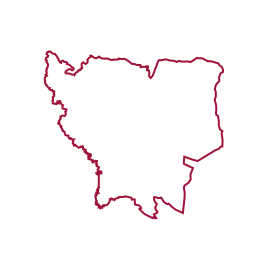 outline of Phrom Phiram, Phitsanulok, Thailand, rotated 13°
{"feature_id": "78962969B88241581512503", "entity_name": "Phrom Phiram", "entity_type": "district", "adm_level": 2, "iso_a3": "THA", "parent_name": "Thailand", "parent_adm1": "Phitsanulok", "projection": "mercator", "projection_center": [100.076, 17.065], "detail": "fine", "context": "isolated", "style": "outline", "palette": "rose", "viewbox_px": 256, "rotation_deg": 13, "n_neighbors": 0, "source": "geoboundaries", "source_scale": "gbopen_adm2", "svg_char_len": 5738}
<svg xmlns="http://www.w3.org/2000/svg" viewBox="0 0 256 256"><g transform="rotate(13 128 128)"><path d="M118.9,212.6L119.5,212.1L119.5,211.6L120.0,211.9L120.5,211.7L120.4,211.2L120.8,211.1L120.7,210.7L121.0,210.4L120.5,210.1L121.2,208.8L122.0,208.6L122.1,209.1L122.5,209.3L122.8,208.5L124.6,208.0L125.2,207.3L126.2,205.2L126.6,203.7L126.4,202.5L126.7,202.1L126.3,201.4L127.6,200.4L128.2,200.5L128.8,201.3L129.7,200.7L131.1,201.3L131.7,199.6L134.2,198.4L134.3,197.6L135.1,197.4L135.7,196.8L137.5,196.7L140.0,195.6L140.2,195.8L140.8,195.2L147.0,195.2L147.9,196.9L150.5,196.0L152.1,201.0L156.5,201.0L158.8,203.0L157.4,204.4L162.3,207.5L164.4,208.4L172.3,210.2L172.7,209.3L174.2,209.9L175.7,209.5L172.6,206.3L175.2,204.3L175.6,203.1L173.7,201.5L172.6,199.9L172.4,199.3L173.0,197.2L173.0,195.3L171.0,194.0L169.7,192.2L168.9,189.8L169.1,189.4L171.2,189.2L173.2,189.5L175.2,188.9L175.5,188.4L176.0,188.4L179.3,191.6L180.7,192.4L183.2,193.4L184.8,192.6L188.6,195.0L192.7,196.8L200.6,198.5L198.8,183.2L197.7,178.0L196.1,174.2L195.9,172.1L196.3,171.0L199.2,167.9L200.5,164.3L200.5,163.5L199.3,159.4L200.3,152.4L190.7,150.4L190.3,149.8L189.3,143.3L197.7,144.3L203.3,144.5L218.0,130.1L221.3,127.8L222.5,125.3L224.1,124.8L222.9,118.6L220.6,112.6L220.4,111.2L220.7,109.8L218.7,109.1L217.7,108.4L215.6,104.1L215.1,101.3L213.1,96.3L212.5,95.7L211.1,95.3L210.2,93.1L210.2,91.6L208.9,86.4L206.1,80.8L206.5,78.1L206.3,76.7L205.2,72.5L204.3,71.5L203.9,70.3L203.9,66.7L205.1,63.7L206.4,61.8L205.4,58.6L205.5,55.8L206.2,53.5L207.8,52.2L207.8,51.4L207.6,50.0L205.8,47.5L202.8,46.1L201.5,44.7L193.7,44.3L192.6,44.7L191.2,44.6L190.9,45.0L184.7,43.4L180.5,44.3L179.4,44.1L174.5,49.5L170.7,49.8L166.7,51.0L162.2,51.3L160.6,52.7L157.9,52.2L153.7,52.8L149.9,52.6L148.5,52.9L145.5,54.4L142.6,55.1L141.8,59.6L141.8,62.4L141.1,64.3L141.0,66.7L140.3,71.5L138.8,74.2L136.8,72.6L136.3,69.1L135.4,67.3L134.6,66.9L133.8,67.5L133.5,67.5L133.3,66.5L133.9,64.3L133.5,63.4L131.7,63.8L131.7,64.6L129.4,64.8L126.6,65.9L126.3,64.3L125.8,64.2L125.7,63.9L122.2,64.6L119.5,64.2L117.5,64.7L113.5,62.7L109.3,61.4L103.9,62.7L103.5,62.4L102.9,63.4L99.8,64.4L98.6,64.5L97.8,65.1L96.8,65.4L93.8,65.3L93.5,64.9L92.4,64.8L90.4,65.6L87.1,66.0L85.7,65.9L83.8,64.9L81.6,67.1L80.1,67.3L77.5,66.6L76.3,65.8L75.4,65.8L75.1,66.0L75.5,66.8L75.4,67.3L74.4,68.2L73.1,70.7L73.7,71.8L73.7,73.6L72.5,75.0L71.0,74.9L69.7,74.1L69.0,74.4L68.4,76.0L68.8,77.7L69.8,79.7L69.3,79.9L69.5,80.4L68.6,81.5L68.6,82.0L67.7,82.1L67.7,82.7L66.8,83.0L66.7,83.6L66.3,83.8L66.4,84.4L65.1,85.5L64.2,87.2L64.0,88.5L63.3,88.0L61.7,88.6L58.3,88.1L55.8,88.7L54.7,88.4L54.4,87.5L54.9,86.4L57.0,84.1L59.2,83.7L60.4,84.4L61.2,84.2L61.8,82.5L61.4,81.8L59.6,81.4L57.9,80.2L55.8,79.4L53.9,79.4L54.0,78.2L52.8,77.6L51.0,77.9L49.8,77.1L49.1,77.1L48.0,78.0L48.2,79.5L47.1,79.3L45.5,78.0L44.6,76.2L43.6,75.6L42.9,74.4L41.3,73.3L40.6,72.4L37.3,72.3L34.8,70.9L33.8,71.2L33.5,72.0L32.5,72.0L32.2,72.5L31.9,74.2L34.1,75.6L33.7,77.0L32.6,77.6L32.2,79.5L32.6,80.2L33.8,80.5L33.6,81.9L35.8,84.0L36.0,87.0L35.3,88.3L35.8,89.6L35.3,90.7L35.9,91.3L36.6,93.0L35.7,94.7L36.0,95.0L37.2,95.2L37.0,95.7L36.0,96.3L35.7,98.1L36.0,99.4L36.9,101.2L36.9,102.7L37.9,103.3L38.5,104.7L39.5,104.8L40.9,106.4L41.5,106.5L42.0,107.0L42.8,106.8L42.7,107.9L43.0,108.2L44.9,108.5L45.5,108.0L46.6,109.3L47.6,108.7L47.9,108.8L47.9,109.6L47.4,110.0L48.4,111.1L48.1,111.9L48.8,112.5L48.9,113.5L48.2,114.0L48.2,114.7L47.7,115.2L48.3,116.2L48.6,117.8L48.2,118.2L48.9,119.2L48.8,119.8L49.2,120.9L50.7,120.8L51.4,121.1L52.3,120.3L53.0,120.7L53.7,120.1L53.3,119.4L53.3,117.9L53.9,117.9L55.0,119.0L55.0,118.2L55.3,117.7L55.1,117.2L55.6,117.0L56.2,117.6L56.3,118.5L57.1,118.9L58.7,120.6L59.5,120.5L59.4,122.2L59.8,123.7L63.9,123.8L63.9,125.5L63.2,126.4L64.2,127.9L64.1,130.0L63.2,130.6L61.8,130.5L60.8,130.9L60.2,131.9L59.6,132.1L60.2,133.2L59.9,133.7L60.2,134.1L59.6,135.4L59.6,136.5L59.2,136.7L59.6,137.7L59.3,138.0L59.7,138.4L59.2,138.6L59.6,139.2L59.3,139.5L61.0,140.1L61.7,141.0L62.6,141.2L62.4,142.1L63.0,142.2L63.1,143.1L64.2,143.8L64.3,144.3L64.8,144.7L64.7,145.2L65.2,145.7L66.0,145.6L67.1,146.0L67.6,147.6L68.4,148.3L68.7,149.1L70.7,149.1L71.3,148.7L71.8,149.0L72.0,150.0L72.9,151.3L73.6,151.0L74.2,151.7L74.6,151.5L74.3,150.9L74.5,150.7L75.7,151.7L77.6,151.3L77.0,152.3L77.7,152.8L77.5,154.3L77.9,154.9L77.7,155.5L78.7,156.2L79.3,157.2L79.6,157.0L79.4,156.2L80.4,156.3L80.6,157.1L82.5,157.3L84.4,158.3L85.6,157.8L85.9,156.8L87.1,156.9L87.9,155.9L88.5,156.6L88.5,157.3L89.3,157.9L89.1,158.7L91.4,158.7L91.3,159.3L90.5,159.5L90.5,159.8L91.8,160.8L92.1,160.1L92.4,160.1L92.7,160.6L92.1,161.3L92.9,161.4L93.1,162.2L93.7,162.3L94.0,161.5L94.4,161.5L94.8,162.8L95.6,163.0L95.7,163.8L96.2,163.1L96.4,161.9L97.6,162.0L98.2,163.4L97.5,163.9L97.5,164.8L96.3,166.4L96.4,167.1L98.3,167.2L98.7,166.9L99.1,167.2L99.5,167.0L100.3,168.0L101.2,167.4L101.4,167.8L101.1,168.4L101.1,169.2L101.4,169.5L102.5,168.8L103.5,167.3L105.1,167.1L105.3,167.9L104.9,169.8L105.2,170.6L106.1,170.6L106.0,172.2L108.5,172.7L108.8,173.1L107.7,175.4L108.2,176.5L109.2,177.1L110.0,176.4L110.7,176.9L111.4,176.4L112.0,176.8L112.3,178.0L111.7,178.6L111.0,178.3L110.3,178.5L109.7,178.2L108.0,178.3L107.2,179.0L107.4,179.5L108.4,180.1L110.1,180.2L112.8,192.1L113.1,192.4L112.3,193.3L112.9,194.9L111.8,195.0L111.7,195.4L112.8,196.1L113.0,197.0L113.9,198.0L113.4,198.2L112.1,197.5L111.6,197.9L112.6,199.4L112.4,199.8L111.3,200.2L111.4,200.7L112.3,201.1L111.7,202.7L112.6,203.9L112.9,204.9L114.0,206.1L114.0,206.5L113.2,207.0L113.6,207.8L113.6,208.6L114.1,208.6L114.5,207.8L115.1,208.4L115.1,209.0L114.2,209.3L114.1,209.7L115.2,210.0L115.6,209.5L116.7,209.3L116.7,210.1L117.3,210.4L117.3,211.3L118.1,210.5L118.4,210.6L118.5,211.1L118.0,211.8L118.9,212.6Z" fill="none" stroke="#9f1239" stroke-width="2"/></g></svg>